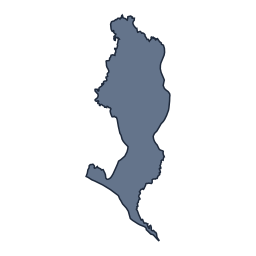 the district of District #1, Grand Bassa, Liberia
{"feature_id": "62588387B32884824633153", "entity_name": "District #1", "entity_type": "district", "adm_level": 2, "iso_a3": "LBR", "parent_name": "Liberia", "parent_adm1": "Grand Bassa", "projection": "equal_earth", "projection_center": [-10.179, 6.235], "detail": "fine", "context": "isolated", "style": "filled", "palette": "slate", "viewbox_px": 256, "rotation_deg": 0, "n_neighbors": 0, "source": "geoboundaries", "source_scale": "gbopen_adm2", "svg_char_len": 5821}
<svg xmlns="http://www.w3.org/2000/svg" viewBox="0 0 256 256"><path d="M159.0,240.3L157.0,237.3L156.5,233.7L155.8,232.4L154.6,231.8L153.8,230.7L153.3,230.4L152.5,230.8L151.5,230.3L151.3,229.3L151.3,227.6L150.9,226.0L150.6,225.4L149.1,226.3L148.8,226.8L149.5,228.0L149.4,228.4L148.9,228.3L148.3,227.3L147.6,226.0L147.5,224.7L147.7,224.4L147.8,223.9L147.0,223.9L146.7,223.4L145.8,223.1L145.1,223.0L144.2,223.2L143.3,221.4L142.6,219.5L142.2,219.4L141.5,220.1L141.0,219.9L140.6,218.8L139.8,217.0L138.6,214.3L138.2,213.0L137.3,210.6L136.4,209.4L136.5,208.9L136.9,208.7L137.0,208.1L136.9,206.6L137.1,206.5L137.7,206.5L137.9,206.3L137.7,205.0L137.3,203.8L137.5,203.1L137.8,202.9L138.3,202.3L138.3,201.3L139.2,199.1L139.7,199.1L140.0,199.0L139.7,198.2L139.2,197.5L138.7,196.5L139.0,195.2L140.0,194.0L140.4,193.2L140.2,192.6L139.9,192.5L139.4,191.8L139.7,191.3L140.4,190.8L140.5,190.1L141.0,189.4L142.4,189.1L142.9,188.5L143.2,188.6L143.3,189.3L143.5,189.4L144.2,188.3L144.5,187.5L145.6,185.2L145.9,183.8L146.4,183.4L147.4,183.5L148.6,183.1L151.4,183.5L152.0,182.8L152.2,182.1L152.1,179.8L153.1,179.1L154.3,178.9L155.2,179.1L155.6,178.7L157.2,178.4L157.9,176.2L158.5,175.7L159.3,174.9L159.7,174.6L159.4,173.7L159.4,172.7L159.7,172.7L160.3,172.7L160.4,172.0L160.3,171.4L159.7,169.8L159.3,168.9L159.5,168.4L159.7,168.2L160.4,168.5L160.7,168.5L160.9,168.0L160.6,166.9L160.0,165.6L160.7,164.4L160.8,163.6L160.9,162.9L161.4,162.2L161.2,160.7L162.1,159.9L162.6,160.0L163.1,160.2L163.2,159.1L163.8,156.9L164.3,156.8L164.1,156.1L163.5,155.2L163.0,152.8L163.3,151.8L163.0,151.0L161.9,150.6L160.2,150.0L159.0,148.9L157.1,144.9L156.0,143.7L154.7,141.8L154.0,140.3L153.5,138.5L153.2,136.4L153.6,135.2L154.5,133.4L156.8,131.1L158.5,128.3L161.0,123.9L163.3,121.4L164.6,119.5L166.6,115.4L168.5,110.2L168.9,107.9L169.6,100.9L169.7,97.0L169.9,95.6L169.7,93.9L169.0,92.8L168.1,91.6L166.2,90.2L164.4,88.5L163.7,86.8L163.2,85.5L163.7,82.8L164.3,80.1L163.7,78.5L161.1,72.4L160.3,68.8L160.4,65.4L160.8,63.2L164.1,55.1L164.6,52.3L164.4,48.4L163.4,45.2L162.3,44.6L161.6,44.4L161.3,43.8L161.3,43.0L160.3,42.1L159.8,42.0L158.1,39.5L157.9,39.5L157.7,38.9L157.4,38.6L157.0,38.9L155.9,38.8L155.9,39.3L156.1,39.6L155.8,39.9L155.5,39.9L155.3,39.6L154.8,38.7L154.6,38.0L153.3,38.3L153.3,37.8L153.4,37.4L153.1,37.1L152.8,37.2L152.5,37.6L151.9,37.5L151.5,37.0L151.3,37.1L151.1,37.3L151.4,38.1L151.4,38.9L150.8,39.1L150.4,40.1L149.6,40.7L149.3,41.3L149.1,41.1L148.8,40.3L148.5,39.9L148.4,39.4L148.2,39.4L147.0,39.5L146.5,38.2L145.9,37.5L145.8,37.1L145.2,36.4L144.9,34.6L144.2,33.9L144.0,33.6L142.7,32.9L142.2,33.2L141.6,33.1L140.5,31.5L139.9,31.4L139.0,31.7L138.2,32.2L137.7,32.3L137.2,30.9L137.0,29.3L136.8,28.3L136.3,28.4L135.5,27.9L134.6,26.6L133.9,25.8L133.6,25.3L132.9,23.5L132.9,22.5L133.2,21.7L133.7,20.8L134.2,20.3L134.4,18.2L132.2,18.2L132.2,17.8L132.4,17.1L132.2,16.9L131.5,16.8L130.8,16.0L127.9,16.7L127.7,18.3L127.4,19.1L127.4,20.0L127.2,20.2L126.0,19.1L125.4,18.6L123.8,18.1L122.9,17.7L122.8,17.3L122.9,17.0L122.5,15.6L122.4,15.8L122.3,15.6L121.9,15.4L121.7,15.6L121.5,16.5L121.7,17.2L121.4,17.8L121.0,17.6L120.4,18.3L120.0,19.0L119.3,18.2L117.8,18.3L117.6,18.6L117.3,18.7L116.8,19.5L116.4,19.7L115.7,19.6L113.8,21.1L112.5,21.3L111.7,21.7L111.4,22.0L110.6,24.2L111.1,29.0L111.8,30.8L112.4,31.4L112.8,31.2L113.2,30.7L113.5,30.6L113.8,31.0L113.7,31.7L113.8,32.5L114.6,33.5L115.8,34.1L115.7,34.7L115.0,35.5L114.9,36.2L114.3,36.2L114.0,36.4L113.9,36.9L114.1,37.8L114.0,38.3L113.8,38.7L114.3,40.0L114.7,40.3L115.3,40.4L115.4,38.4L115.6,37.4L115.9,37.2L116.5,37.5L116.9,37.8L117.6,37.5L117.9,37.7L117.9,38.4L118.4,38.8L118.8,38.5L119.1,38.8L119.4,39.2L118.3,39.7L118.0,41.0L117.8,42.7L117.5,43.7L117.2,44.4L117.6,45.4L117.4,46.6L116.7,48.6L116.4,48.9L116.1,48.9L115.2,48.3L114.7,48.4L114.7,49.0L115.7,50.2L115.7,52.2L115.4,52.9L115.1,53.0L114.9,53.9L115.0,55.0L114.9,55.4L112.8,54.8L111.1,55.2L110.5,57.3L109.6,58.2L109.6,59.6L109.0,60.6L106.5,60.8L106.1,61.1L106.4,63.9L106.5,65.7L107.0,67.3L108.0,69.0L108.8,70.9L108.7,72.2L107.9,72.9L107.2,73.9L107.6,76.5L106.7,76.9L106.0,77.1L106.0,77.9L106.8,79.2L106.7,80.5L105.9,81.0L105.0,81.0L103.9,81.4L103.4,82.2L103.7,83.5L103.3,84.3L103.0,84.1L102.7,83.7L102.2,83.6L101.9,83.7L101.8,84.2L101.9,84.9L102.2,85.4L101.4,86.2L100.5,86.8L99.2,87.7L98.9,88.8L98.8,90.7L98.6,91.0L98.2,91.1L97.6,90.6L97.6,89.6L97.2,89.2L96.6,89.3L95.2,89.2L95.0,89.5L95.1,91.0L97.2,93.4L97.8,93.8L98.0,94.7L98.2,95.8L97.8,97.1L97.6,97.3L97.1,98.1L95.5,99.3L95.1,99.7L95.1,100.2L95.5,100.9L96.6,101.3L97.9,100.8L98.4,100.9L98.6,101.4L97.7,102.8L97.8,103.3L98.1,103.6L98.9,103.6L99.4,104.1L99.5,105.1L99.5,105.4L100.0,105.6L100.6,104.6L101.6,104.5L102.8,105.5L104.0,106.1L104.8,106.6L104.7,107.2L106.4,107.3L106.7,107.5L107.0,106.4L107.7,106.5L109.2,107.8L109.9,107.7L110.8,108.5L110.8,109.4L110.3,110.2L110.2,111.5L110.7,113.5L111.4,115.3L112.0,116.7L113.0,116.9L114.2,116.3L115.2,117.1L116.4,117.4L117.2,119.6L118.4,126.6L119.9,133.2L121.1,135.4L122.1,139.2L123.3,141.4L125.2,143.7L128.0,146.6L127.8,148.9L127.0,151.9L124.8,156.2L120.8,159.7L118.6,161.1L117.5,164.1L115.7,168.2L113.1,173.9L111.8,176.1L110.5,177.9L108.4,179.2L107.0,179.3L105.8,178.0L105.4,174.6L104.7,172.8L104.0,171.5L103.5,170.3L103.1,169.6L101.4,170.0L100.7,168.9L98.4,167.8L97.7,167.5L97.4,166.5L96.9,166.8L96.4,167.4L95.7,168.0L94.6,168.2L94.2,167.8L94.4,167.0L94.4,166.1L94.0,165.4L92.9,164.2L91.7,164.5L90.3,164.6L89.2,165.7L89.0,167.9L87.9,169.8L87.3,173.2L86.1,176.5L87.8,177.2L91.8,179.8L94.5,180.9L102.5,184.8L110.4,189.6L118.0,195.3L118.6,196.1L119.7,198.9L120.6,200.2L122.6,203.9L126.3,208.0L128.3,211.2L130.3,218.5L132.5,220.3L137.6,223.6L139.8,224.8L142.0,225.7L144.3,226.6L145.7,227.6L146.2,228.6L146.3,229.7L148.0,231.3L150.8,234.1L153.0,234.7L154.0,235.6L157.7,239.7L158.7,240.6L159.0,240.3Z" fill="#64748b" stroke="#1e293b" stroke-width="1.5"/></svg>